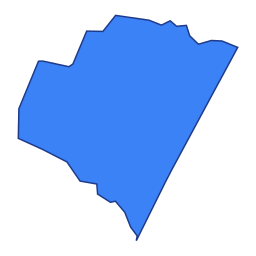 outline of Franklin, North Carolina, United States of America
{"feature_id": "52423323B24761978339557", "entity_name": "Franklin", "entity_type": "district", "adm_level": 2, "iso_a3": "USA", "parent_name": "United States of America", "parent_adm1": "North Carolina", "projection": "mercator", "projection_center": [-78.269, 36.042], "detail": "fine", "context": "isolated", "style": "filled", "palette": "blue", "viewbox_px": 256, "rotation_deg": 0, "n_neighbors": 0, "source": "geoboundaries", "source_scale": "gbopen_adm2", "svg_char_len": 556}
<svg xmlns="http://www.w3.org/2000/svg" viewBox="0 0 256 256"><path d="M115.6,15.4L102.9,31.4L86.7,31.1L72.9,64.0L68.9,66.7L42.9,61.1L38.5,61.2L18.9,108.7L18.3,138.4L42.3,149.3L66.9,161.9L80.1,181.1L96.8,184.0L97.6,194.1L110.5,202.3L115.4,201.2L124.8,212.3L130.7,227.2L137.2,235.9L136.4,240.0L136.3,240.6L136.5,240.3L165.5,181.8L170.6,172.0L170.6,171.9L219.0,82.0L219.2,81.7L237.7,47.4L222.0,41.0L211.4,40.5L198.4,44.2L189.7,35.8L186.4,25.4L176.6,26.3L170.2,20.8L161.4,25.1L149.0,20.2L115.6,15.4Z" fill="#3b82f6" stroke="#1e3a8a" stroke-width="1.5"/></svg>